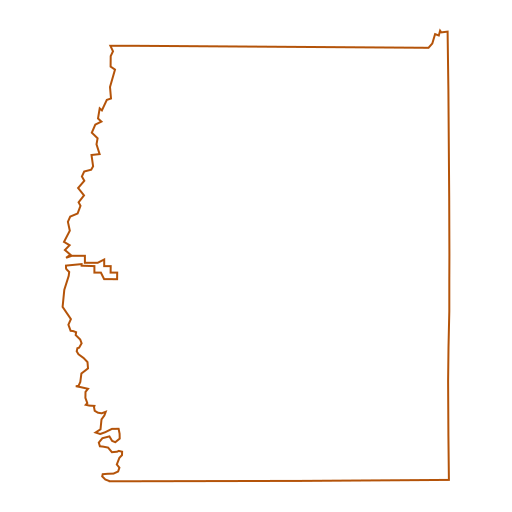 the district of Grand, Utah, United States of America
{"feature_id": "52423323B60720449434495", "entity_name": "Grand", "entity_type": "district", "adm_level": 2, "iso_a3": "USA", "parent_name": "United States of America", "parent_adm1": "Utah", "projection": "albers", "projection_center": [-109.925, 39.0], "detail": "fine", "context": "isolated", "style": "outline", "palette": "amber", "viewbox_px": 512, "rotation_deg": 0, "n_neighbors": 0, "source": "geoboundaries", "source_scale": "gbopen_adm2", "svg_char_len": 1800}
<svg xmlns="http://www.w3.org/2000/svg" viewBox="0 0 512 512"><path d="M448.9,479.9L448.4,435.2L448.1,381.1L448.5,347.1L449.3,311.4L449.3,298.1L449.3,297.8L449.3,281.0L449.3,280.9L449.4,255.2L449.2,198.5L448.4,90.5L447.6,31.6L441.3,32.4L440.1,30.7L438.8,35.5L435.1,34.1L432.3,43.5L428.5,47.8L134.9,45.8L110.4,45.8L113.0,51.3L110.7,56.1L110.6,66.6L115.0,69.6L110.0,87.0L111.0,98.5L106.8,99.9L101.9,110.4L99.7,108.4L98.0,118.5L101.4,121.6L95.3,124.6L91.8,132.7L97.6,138.3L96.5,144.3L99.6,154.1L91.5,155.0L93.1,166.3L91.2,169.7L84.2,171.5L81.9,176.5L84.3,180.8L78.1,188.0L84.0,195.4L78.6,202.3L80.5,205.8L77.6,213.5L70.2,216.6L67.9,221.8L69.8,230.7L64.0,241.9L69.6,245.2L64.9,250.0L70.4,254.7L66.1,257.8L71.8,255.8L84.9,255.8L84.9,262.8L97.7,262.8L104.2,259.5L104.2,266.1L110.7,266.1L110.6,272.6L117.2,272.6L117.1,279.2L104.1,279.1L100.9,272.6L94.4,272.6L94.4,266.1L81.6,265.7L81.6,264.1L66.0,265.6L66.0,268.1L66.4,269.2L69.2,272.0L68.7,275.9L64.3,289.8L62.6,306.9L70.9,319.1L68.4,324.7L70.6,330.8L73.2,331.1L76.1,332.2L75.7,335.1L80.2,339.5L81.6,343.3L79.1,347.7L77.4,348.2L76.7,351.3L78.5,354.3L83.7,358.1L87.5,362.1L88.0,368.4L81.4,373.5L80.3,382.0L78.5,385.9L75.8,386.2L80.5,387.1L88.0,388.8L85.5,391.9L85.4,397.9L87.3,403.1L85.8,404.8L89.3,405.6L94.4,405.9L94.0,407.1L94.7,410.8L97.9,412.7L101.7,413.3L105.7,411.8L104.4,415.4L101.5,419.4L100.5,429.3L95.6,432.5L100.1,434.0L105.0,432.3L111.9,428.9L118.6,428.8L119.6,433.8L119.7,438.6L115.3,442.2L112.1,440.9L109.4,436.4L102.4,438.2L98.8,442.6L99.9,446.3L103.0,446.6L108.1,447.6L111.9,452.2L117.2,451.7L118.7,450.9L122.1,451.7L122.0,455.1L119.4,457.8L116.8,464.5L119.4,467.7L118.1,471.5L113.5,473.6L107.5,473.8L102.7,474.2L102.2,476.4L105.3,479.5L109.2,481.0L109.4,481.3L302.8,480.9L448.9,479.9Z" fill="none" stroke="#b45309" stroke-width="2"/></svg>